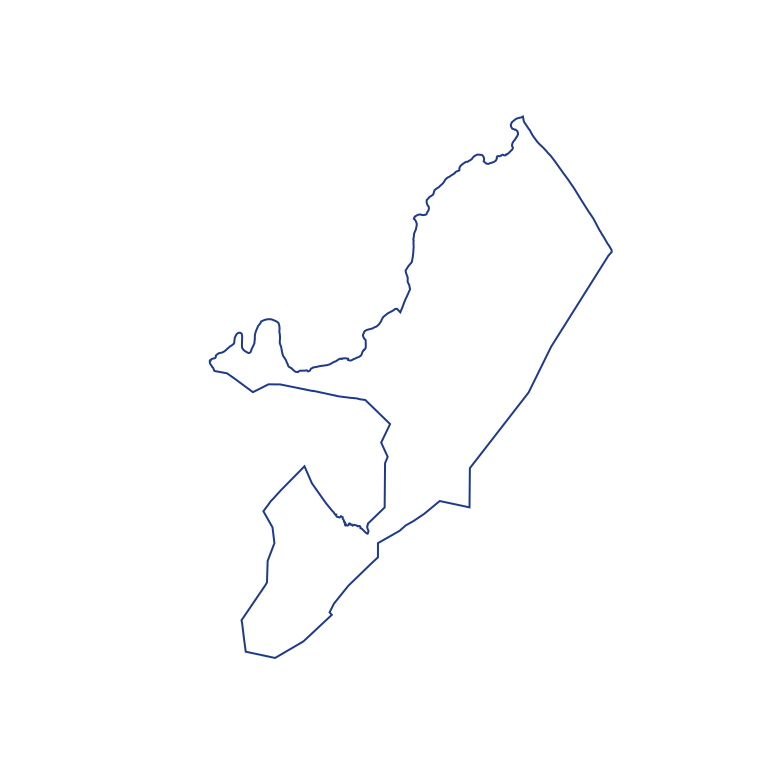 the district of Santiago Jamiltepec, Oaxaca, Mexico, rotated 199°
{"feature_id": "50627088B72731607601772", "entity_name": "Santiago Jamiltepec", "entity_type": "district", "adm_level": 2, "iso_a3": "MEX", "parent_name": "Mexico", "parent_adm1": "Oaxaca", "projection": "robinson", "projection_center": [-97.731, 16.225], "detail": "fine", "context": "isolated", "style": "outline", "palette": "blue", "viewbox_px": 768, "rotation_deg": 199, "n_neighbors": 0, "source": "geoboundaries", "source_scale": "gbopen_adm2", "svg_char_len": 6102}
<svg xmlns="http://www.w3.org/2000/svg" viewBox="0 0 768 768"><g transform="rotate(199 384 384)"><path d="M263.0,295.2L275.4,332.4L244.5,423.1L238.1,473.7L213.6,578.4L211.7,583.0L212.5,584.8L216.8,588.5L217.8,589.1L219.0,590.1L224.9,595.2L226.8,596.6L228.7,598.4L230.0,599.3L239.9,608.6L246.6,613.6L257.9,622.6L267.2,630.3L277.0,637.6L283.0,641.7L294.6,650.0L299.5,653.3L301.7,654.6L304.0,655.7L306.3,657.1L310.4,659.3L315.3,661.5L317.9,662.9L322.7,666.2L324.7,667.7L328.9,671.5L330.4,672.5L336.4,677.0L337.5,678.2L339.7,682.1L341.1,680.7L343.9,679.0L345.3,677.8L346.2,676.6L348.3,673.2L348.5,670.3L347.9,669.3L347.7,668.8L345.9,667.2L344.2,667.2L343.3,667.0L342.6,667.3L342.2,667.3L340.2,666.4L339.1,665.0L338.7,664.0L338.6,663.1L338.8,661.4L339.3,660.0L339.3,659.2L339.6,658.6L339.8,657.3L340.5,655.9L340.9,653.9L340.9,652.9L340.7,651.3L340.5,650.8L339.3,649.8L338.9,648.6L339.2,647.2L340.3,645.2L340.9,643.7L342.5,641.1L342.8,640.9L343.1,641.0L343.3,640.9L343.5,639.9L344.4,639.4L344.9,639.3L346.4,639.5L346.9,639.2L347.0,638.9L347.7,638.0L347.8,638.0L348.6,637.2L349.0,636.9L350.1,636.7L351.0,636.2L351.2,635.0L350.8,634.4L350.7,632.9L351.1,631.8L351.1,631.4L352.6,629.5L354.6,628.0L355.6,627.4L356.2,626.7L357.1,626.1L358.8,625.7L362.2,626.9L362.5,629.1L363.4,630.7L364.4,631.6L365.3,632.2L366.2,632.4L368.8,631.8L370.7,631.1L372.2,629.5L372.8,628.8L373.8,626.9L374.3,625.0L375.5,623.5L376.5,622.5L376.8,621.9L377.6,621.1L378.1,621.1L379.1,620.4L381.1,617.8L382.6,615.3L383.0,613.7L382.9,612.3L382.3,610.5L384.8,608.4L385.2,607.9L385.7,606.7L385.9,606.6L385.9,606.1L388.9,602.4L389.7,601.1L390.9,600.1L391.9,598.6L392.6,597.1L393.0,594.8L393.9,592.3L396.0,588.6L396.2,588.0L398.1,585.6L399.3,583.8L399.2,583.4L399.3,582.4L399.3,581.1L399.1,580.3L399.2,579.6L399.5,578.6L402.1,575.3L402.2,574.7L403.5,571.8L402.9,569.7L401.3,567.5L399.3,566.0L398.7,564.6L398.5,563.6L398.5,562.9L398.7,561.6L398.9,561.3L399.2,558.3L399.6,557.7L401.4,556.7L403.2,556.1L404.8,556.2L407.0,555.0L409.2,552.6L409.3,551.9L409.5,551.8L409.5,551.3L409.4,551.3L409.6,549.9L408.6,549.6L407.4,548.8L405.7,546.9L405.3,546.3L405.0,545.5L404.8,545.1L404.2,540.7L404.5,536.1L403.7,532.7L403.3,530.1L402.7,529.5L402.8,529.2L402.3,527.7L400.5,523.0L399.8,520.1L399.3,518.7L398.1,513.1L397.4,508.3L399.3,503.4L400.5,498.3L399.5,496.4L396.2,492.3L395.0,488.5L393.6,486.9L392.5,486.0L390.2,482.1L390.9,474.0L391.3,470.9L391.5,467.1L391.5,463.8L391.9,457.1L396.2,459.3L397.9,458.6L399.1,456.7L403.6,451.8L406.6,447.0L406.7,446.0L407.1,444.7L407.1,442.6L408.2,438.7L409.7,436.0L411.7,434.3L412.7,433.0L417.3,429.9L418.4,429.0L419.2,428.0L419.6,427.4L419.7,426.7L419.6,426.0L419.9,423.9L419.8,423.1L418.4,421.3L416.9,420.1L416.3,420.0L415.6,419.4L414.1,415.4L413.3,413.1L413.1,411.7L413.9,409.5L414.2,409.6L414.8,407.7L414.8,404.6L415.2,403.1L416.9,401.0L418.0,400.3L419.4,398.8L421.2,397.3L421.7,396.6L422.6,395.7L423.7,395.2L424.6,395.0L425.8,395.0L426.2,396.2L428.8,395.8L431.4,394.7L432.1,394.3L432.0,394.0L432.6,393.7L433.5,393.7L434.2,393.4L437.1,389.6L437.9,389.1L439.8,387.2L440.5,386.2L441.1,385.6L442.1,384.6L444.9,382.7L445.8,382.5L446.5,382.0L450.0,380.3L453.7,378.0L456.5,376.5L456.7,376.0L458.1,374.7L458.2,373.7L458.3,372.8L459.2,371.7L459.8,371.3L460.1,371.2L461.5,371.8L462.2,371.3L466.3,369.7L467.5,369.4L467.8,369.2L468.2,368.8L469.0,367.8L469.2,367.3L469.5,367.2L471.5,366.7L473.7,367.4L476.9,368.9L477.4,368.8L478.1,369.1L479.8,369.4L481.0,370.5L481.6,371.5L483.1,372.9L484.1,374.2L485.3,375.3L488.2,377.5L489.1,378.4L490.6,380.7L493.4,385.7L494.7,387.2L495.8,388.7L496.3,389.9L497.0,392.7L497.8,395.1L498.0,395.4L498.7,397.1L500.0,399.4L500.3,400.4L500.5,401.6L501.3,403.6L502.1,405.2L503.5,407.2L504.6,407.7L506.3,408.2L510.2,408.5L512.1,408.4L512.4,408.2L514.2,407.7L515.9,406.9L517.9,405.6L520.6,403.0L520.6,401.4L521.9,397.9L522.3,392.2L522.2,390.2L521.9,387.8L521.0,385.0L520.7,384.4L520.7,383.9L519.8,380.2L520.0,378.8L519.9,378.2L520.5,374.5L520.5,371.0L520.9,370.1L521.6,369.4L522.5,369.2L523.7,369.3L524.5,369.6L525.2,369.6L527.9,370.4L529.1,371.4L529.7,371.7L530.3,372.8L531.3,375.4L532.7,379.9L533.4,382.3L534.2,384.1L535.0,385.1L535.7,385.5L537.1,385.6L538.7,384.6L539.5,383.3L539.9,381.5L540.1,379.2L539.7,377.0L539.0,374.0L539.1,373.2L540.4,371.1L541.8,369.4L543.6,366.3L544.3,365.0L545.2,363.4L546.1,362.2L546.3,362.1L547.1,361.2L548.2,360.5L549.9,359.5L550.5,359.0L551.4,357.7L552.1,356.5L552.2,356.0L551.8,354.8L552.0,353.9L553.1,352.8L554.7,351.9L555.4,351.1L555.5,350.8L555.5,350.0L555.9,350.1L556.1,350.0L556.3,349.1L556.0,348.3L555.5,347.3L554.6,346.2L552.2,344.5L551.8,344.0L550.9,343.7L549.7,342.4L548.6,341.1L535.9,343.0L527.2,340.5L505.3,333.6L493.1,346.1L482.0,349.8L448.8,354.2L448.7,354.5L422.7,357.6L411.2,360.0L405.3,361.5L402.1,361.7L396.5,362.8L365.2,348.1L367.6,327.7L356.8,316.3L357.2,309.4L343.2,267.5L353.8,246.6L353.4,245.5L353.6,244.5L353.3,243.2L352.1,241.4L350.8,240.0L350.6,237.4L350.8,237.1L352.9,237.5L357.2,239.6L357.7,239.9L359.2,240.0L359.4,240.5L359.6,240.5L359.8,241.2L360.1,241.5L360.7,241.7L361.4,241.7L362.3,240.9L362.6,240.9L362.8,241.2L364.6,241.3L366.1,241.2L366.5,240.8L367.1,240.6L367.5,239.9L368.6,240.2L368.8,240.5L369.1,240.2L369.6,240.2L370.2,240.5L370.5,240.9L371.4,240.9L371.5,240.8L371.7,240.2L371.5,239.2L371.9,238.6L373.1,238.1L373.4,238.1L373.8,238.5L374.1,237.7L374.4,237.6L374.6,237.7L375.5,239.0L375.7,240.5L375.9,240.5L376.3,240.4L376.7,240.5L377.0,240.7L377.3,241.7L378.0,242.4L378.7,242.8L379.1,243.2L379.4,243.6L379.6,244.2L379.6,244.5L381.6,245.0L382.2,243.7L382.6,243.3L383.9,243.4L384.8,243.1L385.7,243.3L386.4,243.9L386.6,245.0L388.1,244.8L389.6,246.2L391.3,247.0L400.2,252.5L419.9,266.7L432.4,280.3L446.6,250.6L449.1,244.9L451.4,239.5L453.1,235.9L454.2,231.7L454.8,230.2L456.6,224.4L442.7,212.1L435.8,197.8L436.4,178.8L430.1,158.4L430.5,155.8L441.8,114.2L440.4,111.9L433.5,97.7L427.6,85.9L425.6,86.1L397.8,89.5L376.4,114.4L358.2,148.7L361.1,150.4L359.8,160.1L352.0,181.7L337.8,209.7L333.3,218.2L337.9,231.6L321.5,250.2L317.4,257.4L311.5,264.0L303.6,274.5L293.2,291.5L263.0,295.2Z" fill="none" stroke="#1e3a8a" stroke-width="2"/></g></svg>